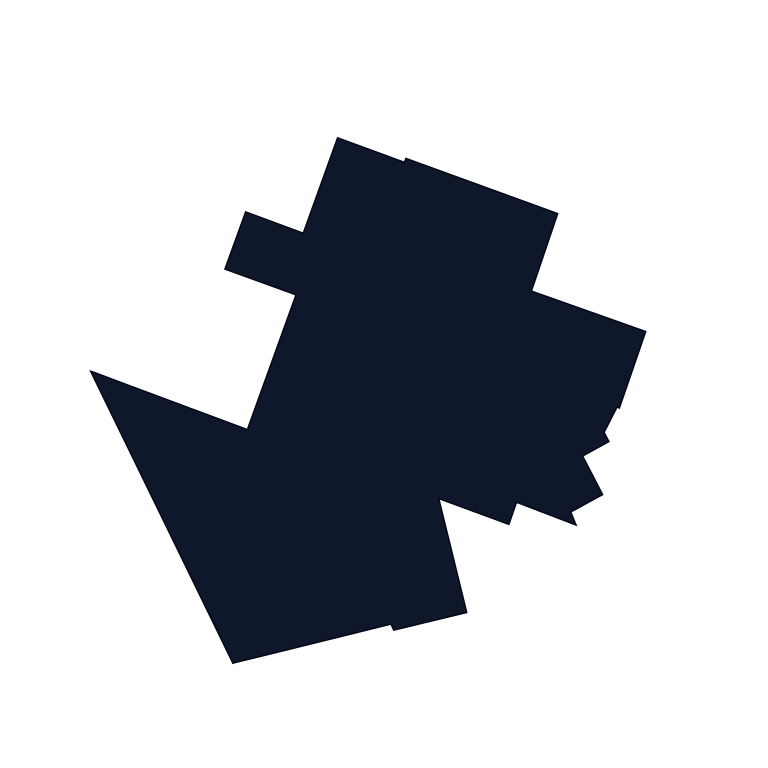 General Pinto, Buenos Aires, Argentina (Robinson projection), rotated 244°
{"feature_id": "61730980B27788441407365", "entity_name": "General Pinto", "entity_type": "district", "adm_level": 2, "iso_a3": "ARG", "parent_name": "Argentina", "parent_adm1": "Buenos Aires", "projection": "robinson", "projection_center": [-62.056, -34.684], "detail": "fine", "context": "isolated", "style": "filled", "palette": "ink", "viewbox_px": 768, "rotation_deg": 244, "n_neighbors": 0, "source": "geoboundaries", "source_scale": "gbopen_adm2", "svg_char_len": 639}
<svg xmlns="http://www.w3.org/2000/svg" viewBox="0 0 768 768"><g transform="rotate(244 384 384)"><path d="M599.3,335.1L557.0,291.4L502.7,344.0L402.9,241.2L494.8,153.8L522.2,127.9L523.2,126.8L524.0,125.9L523.1,125.9L520.3,125.9L345.2,125.9L200.1,125.8L199.2,125.8L199.0,127.3L198.9,128.0L190.5,166.8L171.5,255.3L165.2,285.0L158.5,284.9L142.4,358.2L257.0,383.0L203.1,434.7L219.6,451.3L173.0,494.8L187.1,495.7L188.8,532.0L232.2,530.9L233.7,560.9L244.0,560.6L261.1,583.3L259.2,585.0L316.4,642.2L402.9,557.2L461.0,614.8L577.1,502.6L574.3,499.5L625.6,450.2L554.9,377.5L599.3,335.1Z" fill="#0f172a" stroke="#020617" stroke-width="1.5"/></g></svg>